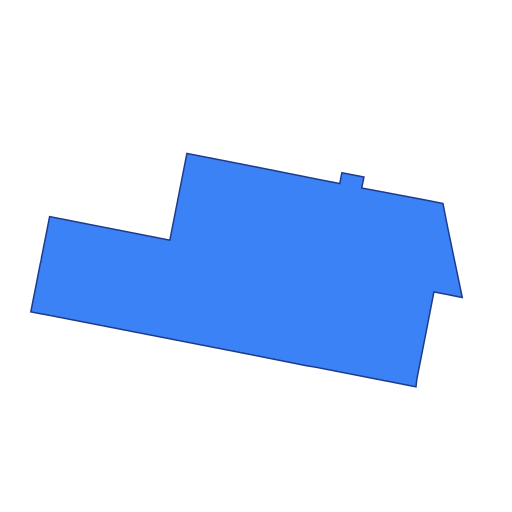 outline of Cibola, New Mexico, United States of America, rotated 11°
{"feature_id": "52423323B12149519863623", "entity_name": "Cibola", "entity_type": "district", "adm_level": 2, "iso_a3": "USA", "parent_name": "United States of America", "parent_adm1": "New Mexico", "projection": "robinson", "projection_center": [-108.196, 34.963], "detail": "fine", "context": "isolated", "style": "filled", "palette": "blue", "viewbox_px": 512, "rotation_deg": 11, "n_neighbors": 0, "source": "geoboundaries", "source_scale": "gbopen_adm2", "svg_char_len": 578}
<svg xmlns="http://www.w3.org/2000/svg" viewBox="0 0 512 512"><g transform="rotate(11 256 256)"><path d="M45.9,256.7L45.9,256.8L45.8,290.2L45.8,293.9L45.7,297.5L45.9,301.2L45.7,304.9L45.6,353.8L58.2,353.8L58.9,353.7L265.9,353.8L326.7,354.1L333.8,353.8L438.0,353.9L437.4,346.3L437.5,298.3L437.5,257.3L466.4,257.4L438.4,190.7L429.5,168.8L414.5,168.7L346.8,169.1L346.9,157.9L324.4,157.9L324.4,168.9L302.9,168.9L244.2,168.6L168.6,168.5L168.6,170.4L168.6,172.0L168.4,256.9L161.2,256.9L157.8,256.9L87.4,256.8L45.9,256.7Z" fill="#3b82f6" stroke="#1e3a8a" stroke-width="1.5"/></g></svg>